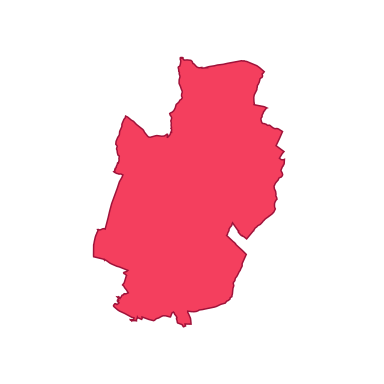 the district of Susani, Vâlcea, Romania, rotated 224°
{"feature_id": "2599482B57845502750026", "entity_name": "Susani", "entity_type": "district", "adm_level": 2, "iso_a3": "ROU", "parent_name": "Romania", "parent_adm1": "Vâlcea", "projection": "natural_earth1", "projection_center": [24.105, 44.597], "detail": "fine", "context": "isolated", "style": "filled", "palette": "rose", "viewbox_px": 384, "rotation_deg": 224, "n_neighbors": 0, "source": "geoboundaries", "source_scale": "gbopen_adm2", "svg_char_len": 6012}
<svg xmlns="http://www.w3.org/2000/svg" viewBox="0 0 384 384"><g transform="rotate(224 192 192)"><path d="M293.5,281.0L293.7,280.5L293.3,280.0L292.7,279.3L291.5,278.7L290.8,278.1L289.2,275.9L288.3,274.1L288.3,273.7L288.7,272.7L288.5,272.1L288.2,271.8L286.5,270.7L285.4,269.6L284.4,269.3L283.9,269.0L283.3,268.1L281.2,267.0L280.6,266.4L279.2,263.8L276.8,261.2L276.2,260.9L273.9,260.0L271.0,258.5L269.1,257.7L268.2,256.8L267.5,255.3L266.8,254.4L266.2,253.8L264.5,253.1L264.3,252.6L264.1,251.3L264.5,249.6L263.9,247.7L264.1,246.9L263.9,246.2L264.2,244.4L264.1,243.8L262.4,240.7L261.6,237.9L261.7,235.8L262.5,233.6L262.5,232.9L260.7,232.0L259.4,231.9L258.1,231.2L257.8,230.8L257.4,229.9L256.9,229.4L256.7,228.5L256.3,228.2L255.1,227.5L254.4,226.8L253.5,225.6L251.5,224.1L251.4,223.2L250.5,223.1L250.2,222.9L248.6,221.0L248.3,220.8L248.2,220.7L248.8,220.3L247.8,218.5L247.6,217.8L247.5,215.8L247.5,214.4L247.8,214.2L248.2,214.6L249.3,216.3L249.6,216.5L250.1,216.3L250.7,213.4L251.1,212.7L252.5,211.1L256.5,208.2L257.4,206.9L260.1,202.3L261.4,201.4L262.7,201.3L267.8,202.0L269.7,202.7L271.0,202.8L278.9,202.0L283.2,202.2L285.4,201.6L290.3,201.2L292.5,200.5L291.5,198.7L291.5,197.3L291.4,196.9L289.8,192.7L289.3,191.8L288.2,190.7L287.8,190.0L286.1,185.3L284.0,182.7L283.4,180.5L283.5,180.1L283.4,179.8L281.8,175.7L280.0,173.4L278.2,173.2L277.4,172.8L276.5,170.9L275.8,170.3L274.8,169.9L273.0,168.4L271.0,167.2L270.3,167.1L269.6,167.4L269.1,167.2L267.8,165.3L266.5,164.2L265.1,161.6L265.7,161.4L265.7,161.1L264.9,159.9L264.1,157.5L263.6,157.2L263.5,156.9L263.7,155.6L263.0,155.3L263.1,154.6L263.0,154.3L261.9,153.3L261.9,153.2L262.3,153.0L262.4,152.5L261.6,152.8L261.5,152.3L259.2,153.0L257.7,153.9L257.0,154.1L255.8,155.5L253.6,156.3L252.6,154.0L251.3,148.9L248.3,142.7L241.7,127.8L237.8,120.8L234.5,115.3L228.7,105.0L229.8,104.6L230.8,103.3L231.2,102.1L231.8,100.9L232.3,100.4L233.3,100.0L233.8,99.4L233.0,99.2L232.3,97.6L232.0,96.4L231.6,95.7L231.1,94.2L230.3,92.5L228.2,89.0L226.5,86.5L226.1,85.7L218.9,78.1L217.8,77.1L209.2,82.1L208.2,82.4L207.9,82.3L208.1,82.7L205.5,83.3L201.3,83.9L198.9,84.7L194.4,86.4L192.3,87.6L183.7,91.1L183.8,89.4L185.1,87.0L185.0,86.3L184.4,86.1L182.9,86.5L181.1,86.5L180.9,85.8L177.7,79.6L177.4,76.9L175.3,76.9L174.2,76.4L171.0,76.0L167.8,75.2L168.8,72.8L169.1,72.6L169.3,72.2L169.6,72.2L170.0,71.9L170.2,71.2L170.0,70.7L170.1,70.0L170.5,69.5L170.6,69.1L170.1,67.4L170.0,65.8L169.9,65.5L172.0,65.8L172.2,65.1L172.9,64.6L170.7,64.3L170.5,62.4L169.3,62.7L169.4,61.5L167.5,61.5L167.6,59.6L167.8,58.9L168.5,58.6L169.1,58.8L169.9,58.1L169.7,56.0L169.3,55.5L168.5,55.3L163.4,55.6L161.4,56.0L155.7,58.0L154.9,58.2L147.8,60.2L146.5,61.2L145.3,59.8L145.3,59.6L146.1,58.7L146.8,58.2L147.0,57.7L147.7,57.3L147.3,57.1L146.1,57.5L145.7,57.4L145.7,57.9L142.8,60.6L142.5,60.6L142.4,60.8L143.1,61.2L143.5,61.9L143.5,62.8L144.3,64.0L144.0,63.9L143.5,64.0L139.9,65.3L139.7,65.4L140.1,66.5L141.1,67.4L134.4,70.4L130.2,72.8L129.9,73.6L129.7,74.9L129.7,76.1L128.5,78.1L127.6,81.1L126.9,82.8L126.3,83.4L125.0,84.6L120.9,86.9L120.7,87.2L122.3,90.9L122.4,91.7L121.9,92.0L121.7,92.4L121.8,92.7L120.8,92.7L119.6,92.0L117.4,91.8L115.8,91.3L115.4,91.0L115.5,90.4L114.3,89.5L113.7,89.3L112.1,88.1L111.4,87.8L107.1,89.7L104.8,89.1L104.5,89.1L104.3,89.4L103.6,91.2L104.6,91.7L105.3,92.2L100.9,96.3L103.5,98.6L105.4,100.1L110.2,102.1L111.4,102.4L112.3,103.3L109.1,105.7L107.3,107.4L105.9,109.1L105.1,110.9L104.8,112.2L102.4,115.2L102.3,115.5L96.0,124.7L94.9,126.7L93.2,131.3L90.9,135.2L91.2,137.5L90.6,139.0L90.3,141.2L90.4,141.6L90.9,142.1L91.1,142.7L90.6,144.4L91.4,145.3L92.1,146.7L95.6,151.1L96.8,153.6L98.8,154.9L99.4,155.8L99.6,158.0L100.3,159.0L101.0,160.4L101.1,162.3L102.0,165.4L102.7,167.4L102.9,169.0L103.7,170.9L104.3,173.1L104.6,173.7L106.1,175.2L106.4,175.9L109.6,184.8L115.0,184.9L121.7,184.7L124.4,184.7L124.6,185.0L126.4,185.1L127.8,184.9L136.9,184.8L137.1,186.2L137.9,187.4L138.4,189.4L138.8,190.2L139.6,191.1L140.1,193.4L140.1,194.8L140.2,195.5L141.0,196.9L141.4,198.0L132.6,196.3L131.3,196.4L131.1,195.4L129.2,195.1L128.3,195.1L127.8,194.9L126.3,195.0L125.7,195.5L125.5,195.2L123.6,195.9L120.1,196.2L120.9,206.7L120.7,206.9L120.9,207.3L121.5,209.5L121.5,210.2L121.2,211.9L121.3,213.3L120.4,216.1L120.4,219.1L120.6,220.4L120.5,221.5L120.6,222.7L120.5,224.1L119.8,227.6L119.9,228.1L119.7,228.3L119.4,230.2L119.1,232.4L119.3,232.9L119.1,233.7L119.3,234.6L120.3,237.7L121.9,238.4L122.9,239.2L124.6,241.0L125.2,242.2L125.7,243.8L125.9,244.8L125.8,245.8L127.2,246.8L129.1,247.5L130.1,248.8L132.4,250.6L134.9,251.5L136.7,252.9L137.2,253.5L137.2,253.9L137.7,255.0L138.2,256.9L138.4,260.7L139.1,262.2L138.8,263.5L138.2,264.8L138.3,266.2L138.5,266.8L138.8,267.4L140.2,268.3L142.9,269.2L143.2,269.7L144.5,272.9L144.5,273.9L145.0,274.7L144.9,275.4L145.6,276.7L148.2,279.7L148.6,278.8L149.5,277.8L150.5,277.2L152.6,277.0L153.8,282.4L153.9,285.0L163.7,283.7L166.3,291.4L168.9,298.4L173.6,297.4L175.0,296.7L176.2,295.3L177.1,294.8L178.5,294.4L182.4,294.0L182.9,293.7L183.2,293.4L183.4,292.9L183.9,292.4L185.5,292.3L187.7,291.3L188.5,290.6L189.3,290.3L191.0,290.9L193.2,292.4L193.7,293.5L193.8,294.7L194.1,295.1L194.9,295.8L195.8,298.8L196.0,298.9L196.4,299.7L196.2,300.8L196.6,301.6L196.5,302.2L196.8,303.9L196.5,304.5L198.9,303.7L200.0,303.1L206.9,298.6L208.1,298.0L208.3,298.6L210.4,300.2L213.3,303.0L214.7,305.1L216.4,310.6L217.5,311.9L217.8,312.6L218.8,313.8L219.0,314.2L219.2,315.7L219.6,316.5L219.8,317.4L221.1,319.8L221.6,320.3L221.7,321.8L221.3,322.8L221.3,323.3L221.7,324.3L222.3,324.8L223.5,325.6L223.6,326.0L223.4,326.8L223.6,328.7L229.6,328.4L233.1,327.9L243.3,323.9L244.7,322.9L245.2,322.8L245.9,322.3L246.0,321.9L246.2,321.7L247.5,320.9L256.0,309.0L258.2,305.6L262.0,300.9L263.6,298.3L266.8,294.1L268.1,291.9L267.5,291.9L270.8,288.1L271.4,288.5L273.1,286.3L274.9,285.4L276.7,285.3L279.1,285.5L280.0,285.4L280.5,285.1L282.6,286.0L284.3,285.9L287.3,283.6L288.7,282.0L289.3,281.4L291.0,281.7L292.3,281.1L292.2,282.1L292.7,281.8L293.5,281.0Z" fill="#f43f5e" stroke="#9f1239" stroke-width="1.5"/></g></svg>